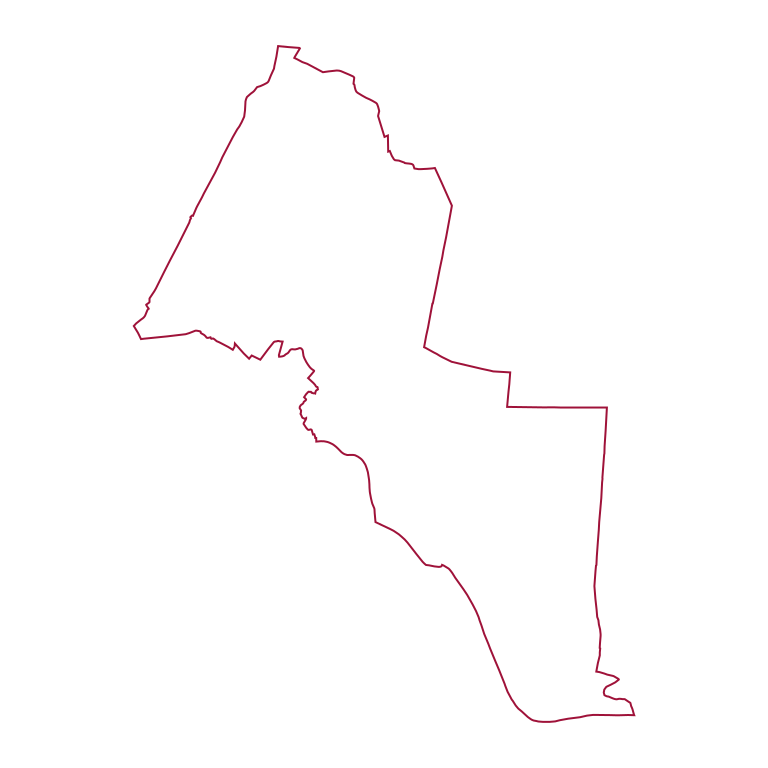 outline of Huyen Cao Lanh, Ðong Tháp, Vietnam
{"feature_id": "81297802B29684412204466", "entity_name": "Huyen Cao Lanh", "entity_type": "district", "adm_level": 2, "iso_a3": "VNM", "parent_name": "Vietnam", "parent_adm1": "Ðong Tháp", "projection": "mercator", "projection_center": [105.693, 10.483], "detail": "fine", "context": "isolated", "style": "outline", "palette": "rose", "viewbox_px": 768, "rotation_deg": 0, "n_neighbors": 0, "source": "geoboundaries", "source_scale": "gbopen_adm2", "svg_char_len": 6027}
<svg xmlns="http://www.w3.org/2000/svg" viewBox="0 0 768 768"><path d="M594.4,586.1L595.5,571.0L596.0,565.6L596.4,565.1L596.8,556.6L597.9,541.4L598.8,529.8L599.2,522.1L601.3,498.1L602.1,482.4L602.5,478.8L602.4,477.7L604.1,454.9L604.4,453.5L604.6,446.1L605.6,431.1L606.9,407.5L559.7,407.5L553.2,407.3L544.3,407.4L507.1,406.9L508.5,391.6L509.3,384.3L510.2,372.4L493.2,371.4L490.4,370.7L482.0,368.9L451.7,361.8L442.3,357.2L440.1,356.0L436.7,353.9L433.7,352.4L426.0,348.1L424.1,347.2L426.2,335.7L428.0,327.6L432.4,303.6L432.8,303.5L436.7,284.6L439.7,269.2L442.3,256.9L443.4,250.4L446.1,237.3L451.9,205.7L441.7,182.8L434.9,168.0L432.4,168.4L427.4,168.8L421.5,169.1L418.3,169.1L414.4,168.5L413.4,165.4L413.0,164.8L412.3,164.3L411.3,163.9L409.4,163.6L406.3,163.3L405.1,163.1L404.7,163.0L404.4,162.6L398.9,160.6L395.1,160.2L393.9,159.3L391.8,155.8L389.8,151.0L388.2,151.6L387.9,135.5L384.5,136.9L378.1,116.1L378.2,115.4L379.2,111.1L378.8,109.3L378.1,106.7L377.2,104.3L376.8,103.6L375.9,102.8L372.4,100.8L369.7,99.4L366.1,97.8L362.2,95.6L357.6,92.8L356.4,91.7L356.0,91.0L355.5,89.8L354.8,87.3L354.5,85.3L354.3,84.6L354.1,84.3L353.6,84.0L353.5,83.7L354.2,78.1L354.2,77.7L353.6,76.8L352.8,76.3L349.1,74.6L344.6,72.7L341.1,71.2L339.2,70.7L336.8,70.5L328.6,71.4L322.9,72.2L307.2,63.8L302.4,62.1L297.6,59.5L294.3,57.9L294.9,56.7L299.9,48.4L299.7,48.1L299.2,47.9L288.6,47.1L278.1,46.1L276.4,56.7L274.4,66.0L274.0,68.6L270.9,75.4L268.8,80.6L268.3,81.6L267.8,82.2L267.2,82.7L266.4,83.2L263.7,84.6L260.4,86.1L257.1,87.1L254.2,90.9L253.0,92.0L250.8,93.6L248.2,95.9L246.9,97.1L246.0,99.3L245.5,101.3L245.0,110.4L244.2,116.6L244.0,117.1L241.7,122.1L239.3,126.5L237.2,129.4L232.8,137.1L222.3,157.3L220.2,162.1L215.1,172.7L203.9,193.4L201.9,197.5L197.3,206.0L196.4,207.8L193.0,215.8L192.2,215.5L190.6,216.8L190.4,217.2L190.4,217.4L191.0,218.2L190.0,220.0L189.3,222.5L177.7,245.7L170.1,260.2L164.1,272.0L155.9,288.5L154.4,291.1L149.8,298.0L149.5,298.6L149.5,299.0L149.5,302.0L149.2,302.5L148.7,302.9L146.2,304.7L146.2,304.9L147.2,306.6L148.7,308.6L148.7,308.8L148.0,309.2L147.4,310.1L145.2,315.4L144.9,316.0L143.9,317.3L142.8,318.3L141.1,319.5L136.2,323.4L133.8,326.0L137.9,332.7L139.2,335.3L141.0,339.1L144.0,338.7L167.0,336.4L185.7,334.2L189.2,333.1L195.1,330.8L195.6,330.7L196.5,330.7L197.4,330.8L200.0,331.3L200.5,331.6L200.7,332.0L200.7,332.7L200.9,333.0L201.4,333.4L203.4,334.5L204.2,335.0L205.3,336.0L206.6,337.6L207.0,337.8L207.6,337.9L208.5,337.8L210.5,337.3L211.1,338.6L211.6,338.8L211.8,338.8L212.7,338.5L213.2,338.5L214.3,339.2L216.7,341.2L219.3,342.3L228.1,346.9L229.6,347.8L232.8,349.8L234.5,346.8L234.7,345.9L234.9,343.5L243.8,353.5L249.1,358.7L251.7,355.5L260.3,359.7L268.3,349.0L273.8,342.1L274.7,341.6L276.8,341.3L277.8,341.0L278.6,341.0L280.1,341.4L282.6,341.6L278.9,355.1L279.1,356.7L280.8,356.6L282.5,356.3L283.7,355.9L284.6,355.4L284.8,355.1L285.8,354.3L287.7,353.2L288.5,352.4L290.1,350.1L290.9,349.5L291.5,349.3L292.4,349.2L294.1,349.4L295.3,349.4L297.7,348.8L299.4,348.1L300.0,348.1L300.9,348.3L301.6,348.8L302.5,350.0L302.7,350.5L303.5,355.9L304.4,358.3L306.4,362.2L308.0,364.7L309.9,367.3L311.5,368.9L313.7,370.4L314.0,370.7L314.1,370.9L314.0,371.2L313.5,371.9L310.1,375.9L308.1,378.1L313.6,383.2L315.1,384.9L315.8,386.1L316.2,386.6L316.5,386.8L317.3,387.0L317.6,387.3L317.8,389.1L317.9,389.4L317.4,389.8L316.8,390.0L316.0,390.7L315.6,391.6L315.4,392.4L315.2,393.5L314.7,393.3L313.4,393.3L311.7,392.8L311.7,392.5L310.9,391.8L309.8,391.9L308.7,391.7L307.6,392.5L307.1,393.2L306.1,394.2L304.1,397.2L306.0,399.2L306.1,399.6L306.0,399.9L305.4,400.6L303.8,401.8L303.6,402.3L303.3,403.1L302.6,403.9L301.4,404.7L300.7,405.3L300.2,406.1L299.8,406.8L299.7,407.4L299.7,408.3L300.9,410.1L301.1,410.6L301.1,410.9L300.9,411.9L300.9,412.9L300.5,413.7L300.6,414.1L301.1,414.9L302.1,417.2L302.3,417.6L302.7,417.9L304.7,418.8L305.3,418.6L306.1,418.1L306.1,418.7L305.5,420.0L303.7,423.1L303.6,423.9L304.0,424.5L306.2,427.8L307.8,429.6L308.3,429.8L308.8,429.9L310.7,429.4L311.3,429.6L311.7,430.0L313.0,434.5L314.3,434.3L315.1,436.8L315.3,438.0L316.2,438.0L316.3,441.6L320.8,441.2L324.1,441.3L325.7,441.6L327.6,442.0L329.5,442.7L332.6,444.2L334.2,445.3L336.2,446.9L338.0,448.6L341.5,452.2L343.3,453.5L344.6,454.2L347.1,455.0L352.9,454.9L354.3,455.1L355.2,455.3L358.0,456.7L360.3,458.3L361.4,459.2L362.5,460.4L363.4,461.6L365.3,464.6L366.0,466.3L366.9,468.9L367.9,472.3L368.7,477.4L369.1,480.1L369.4,484.3L369.5,487.7L369.8,491.7L370.0,493.1L371.0,498.4L372.0,502.6L372.4,503.9L374.3,508.4L374.5,509.6L374.7,513.2L375.5,522.1L390.5,529.2L393.6,530.8L398.8,534.3L401.6,536.7L404.7,539.5L407.5,542.6L416.2,553.8L420.2,558.8L422.6,561.8L424.3,563.5L425.9,564.9L426.2,565.0L428.9,565.3L434.4,566.4L438.7,566.9L439.9,566.8L441.0,566.5L441.6,566.0L442.0,565.4L442.1,564.9L443.6,565.5L448.5,568.5L449.3,569.2L451.1,571.4L452.4,573.2L455.2,577.7L463.4,589.2L467.2,594.9L472.7,604.6L476.0,611.0L478.6,617.1L479.6,620.4L481.4,625.3L484.2,633.9L488.4,644.0L490.1,648.5L495.3,661.1L499.2,670.3L504.6,683.8L505.3,685.9L507.6,691.8L509.8,695.9L511.7,699.5L512.8,700.9L515.7,705.5L518.3,708.6L521.7,711.4L527.8,717.0L530.7,719.1L532.1,719.9L533.6,720.5L536.7,721.1L538.3,721.5L543.4,721.9L549.3,721.9L555.2,721.4L559.9,720.2L568.2,718.7L580.1,717.2L587.1,715.6L593.2,714.9L610.0,715.1L617.7,715.3L628.2,715.0L634.2,715.2L633.9,714.4L632.5,709.3L631.9,707.7L631.2,706.2L630.4,703.0L630.0,702.6L629.1,702.1L624.8,699.2L624.1,699.1L622.4,699.1L621.1,698.9L619.9,698.8L619.0,698.8L616.8,699.3L615.6,699.2L614.3,698.9L612.4,698.2L608.4,696.5L607.8,696.5L606.5,696.2L604.5,695.2L604.4,694.9L603.8,692.7L603.8,692.1L604.1,691.0L604.1,690.4L604.2,689.9L604.5,689.3L606.2,687.0L606.8,686.6L610.6,684.8L615.2,682.4L618.7,679.7L618.8,679.4L618.4,678.9L613.8,676.2L612.9,675.9L607.2,674.6L604.5,673.6L599.5,672.1L596.3,671.6L597.9,663.0L598.6,660.2L599.8,655.4L599.8,652.4L600.2,648.4L599.7,648.0L600.0,643.3L600.6,635.9L600.6,634.2L600.1,629.5L598.9,624.5L598.4,620.2L597.2,616.9L596.6,609.7L595.4,598.8L594.4,586.1Z" fill="none" stroke="#9f1239" stroke-width="2"/></svg>